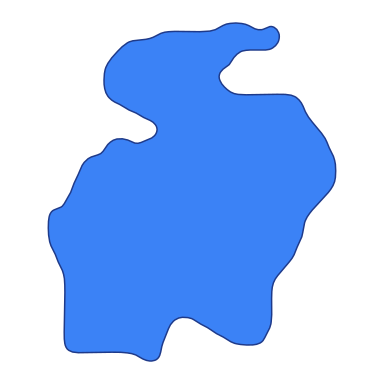 Juan de Herrera, San Juan, Dominican Republic
{"feature_id": "3306468B17512962237330", "entity_name": "Juan de Herrera", "entity_type": "district", "adm_level": 2, "iso_a3": "DOM", "parent_name": "Dominican Republic", "parent_adm1": "San Juan", "projection": "natural_earth1", "projection_center": [-71.191, 18.877], "detail": "fine", "context": "isolated", "style": "filled", "palette": "blue", "viewbox_px": 384, "rotation_deg": 0, "n_neighbors": 0, "source": "geoboundaries", "source_scale": "gbopen_adm2", "svg_char_len": 2738}
<svg xmlns="http://www.w3.org/2000/svg" viewBox="0 0 384 384"><path d="M254.9,28.8L248.8,25.6L245.5,24.3L241.7,23.5L235.9,23.0L230.2,23.4L226.4,24.1L223.0,25.5L215.3,29.7L209.8,31.1L199.8,31.7L174.9,31.4L168.8,31.7L164.8,32.2L161.0,33.3L153.1,37.3L149.7,38.5L146.0,39.3L132.8,40.8L129.2,41.9L127.3,42.9L122.2,46.7L117.6,51.3L111.7,57.9L107.9,63.3L105.9,67.3L105.2,69.4L104.4,73.6L104.0,80.1L104.1,84.4L104.7,88.6L105.9,92.7L107.8,96.1L109.0,97.6L111.7,100.1L114.8,102.1L119.8,104.5L129.0,110.0L136.0,113.0L143.7,117.5L150.1,120.4L153.0,122.2L155.3,124.6L156.2,126.0L156.8,127.6L157.1,129.6L156.8,131.5L156.2,133.2L155.4,134.6L154.3,135.9L151.7,138.0L141.0,142.5L138.0,143.3L134.9,143.1L127.7,140.0L122.4,138.8L116.9,139.0L113.3,140.2L110.4,142.1L107.8,144.5L103.0,151.4L100.7,153.6L97.7,154.9L91.2,157.0L88.1,158.7L84.2,162.4L82.1,165.5L78.2,174.5L74.1,183.2L70.6,192.5L64.3,203.6L62.3,206.2L61.0,207.1L54.1,209.9L52.7,210.7L51.5,211.8L50.4,213.4L49.6,215.2L49.1,217.1L48.5,221.3L48.3,228.0L48.6,235.0L49.7,241.8L51.0,245.8L55.3,254.4L58.2,261.9L62.4,270.5L63.6,274.4L64.4,278.6L64.8,285.2L64.9,292.5L64.2,332.1L64.3,339.0L64.8,343.4L65.3,345.4L66.1,347.3L67.3,349.1L68.9,350.4L72.5,352.0L78.4,352.7L111.8,352.2L120.7,352.3L127.4,352.9L131.6,353.6L135.7,354.9L142.9,359.0L146.5,360.4L149.9,361.0L151.7,361.0L154.9,360.3L156.5,359.5L157.8,358.4L158.9,357.0L159.7,355.4L160.7,352.0L161.8,346.5L163.0,342.5L168.5,328.6L170.4,324.8L173.3,321.3L175.0,319.9L178.7,318.0L182.4,317.3L188.0,317.6L191.7,318.6L193.6,319.6L200.8,324.1L207.5,327.6L216.5,333.6L223.3,337.1L230.9,341.8L234.5,343.3L236.5,343.8L240.6,344.5L246.8,345.0L252.8,344.9L256.6,344.3L260.1,343.0L261.7,341.9L263.0,340.6L264.8,337.6L269.7,327.9L270.9,323.9L271.2,321.6L271.7,314.8L271.6,298.4L271.8,291.5L272.3,287.1L273.4,282.9L275.2,279.1L277.6,275.7L289.6,261.5L292.1,258.2L294.1,254.7L297.1,247.2L301.8,236.8L302.7,232.8L304.6,222.7L305.3,220.7L307.2,216.9L309.6,213.4L312.3,210.0L328.2,192.6L330.8,189.2L333.0,185.6L334.6,181.6L335.4,177.4L335.7,170.9L335.4,164.4L334.6,160.2L333.4,156.3L329.2,147.8L326.9,142.1L325.1,138.4L321.6,133.3L312.2,122.0L308.4,117.0L305.4,111.8L303.1,106.3L301.3,102.9L299.1,100.0L296.3,97.5L294.8,96.6L291.1,95.2L285.2,94.4L277.1,94.3L246.2,94.8L238.1,94.4L234.2,93.6L230.5,92.0L227.2,89.6L224.2,86.8L221.7,83.8L219.9,80.4L219.3,78.5L219.1,76.5L219.4,74.7L220.0,73.0L220.9,71.6L223.0,69.2L229.2,64.6L233.9,57.5L237.0,54.2L240.6,51.7L242.4,51.0L246.1,50.3L250.0,50.0L265.5,50.0L269.3,49.4L271.1,48.8L272.7,47.9L275.6,45.6L277.8,42.6L278.6,40.8L279.1,38.8L279.3,36.8L279.2,34.7L278.6,32.7L276.8,29.5L274.2,27.4L272.8,26.8L271.3,26.5L269.8,26.6L263.2,29.3L261.6,29.7L258.2,29.7L254.9,28.8Z" fill="#3b82f6" stroke="#1e3a8a" stroke-width="1.5"/></svg>